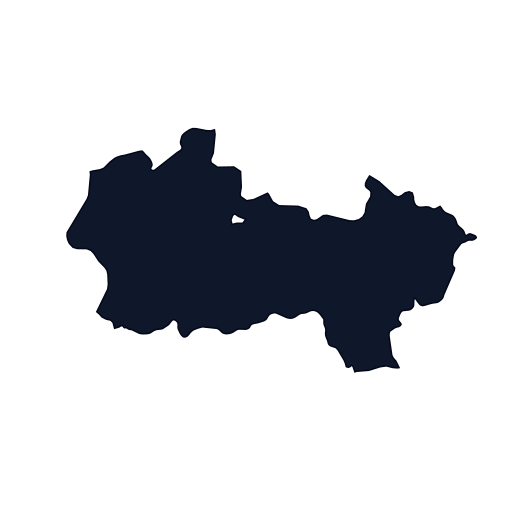 map outline of Potenza (Robinson projection), rotated 298°
{"feature_id": "ITA-5390", "entity_name": "Potenza", "entity_type": "Province", "adm_level": 1, "iso_a3": "ITA", "parent_name": "Italy", "parent_adm1": "", "projection": "robinson", "projection_center": [15.898, 40.519], "detail": "fine", "context": "isolated", "style": "filled", "palette": "ink", "viewbox_px": 512, "rotation_deg": 298, "n_neighbors": 0, "source": "natural_earth", "source_scale": "10m", "svg_char_len": 4845}
<svg xmlns="http://www.w3.org/2000/svg" viewBox="0 0 512 512"><g transform="rotate(298 256 256)"><path d="M224.6,434.7L223.5,433.2L221.7,428.9L220.2,422.7L216.5,417.6L208.0,409.2L201.3,398.7L200.1,397.7L204.1,393.5L204.4,391.7L203.7,391.3L202.8,391.1L202.1,390.7L201.3,390.0L200.7,388.5L200.8,387.6L203.3,385.3L205.5,382.6L211.6,372.6L212.5,370.2L212.6,369.0L211.9,365.2L211.8,363.1L212.2,361.9L212.8,361.0L214.9,359.1L217.5,356.0L218.4,355.1L219.2,354.5L221.1,353.4L223.1,352.7L224.3,351.9L225.5,350.8L227.4,348.5L228.9,347.4L232.0,345.8L234.3,341.2L235.3,338.5L235.6,337.4L235.7,336.1L235.7,334.8L235.4,333.1L234.9,332.0L234.4,331.0L233.1,329.5L229.8,327.0L229.1,326.3L228.4,325.5L226.8,323.0L226.1,322.3L225.3,321.6L220.5,319.0L218.8,317.7L218.1,316.9L217.5,316.1L216.7,314.3L216.1,312.2L215.3,301.0L214.9,299.3L213.7,297.7L212.3,296.3L211.4,295.7L210.5,295.2L209.3,294.9L205.6,294.7L204.4,294.4L203.4,293.9L202.5,293.3L198.2,289.1L195.7,286.0L194.3,284.6L193.3,284.0L192.2,283.7L190.9,283.6L189.7,283.7L188.3,283.0L186.7,281.6L183.8,275.7L182.8,274.3L181.2,273.1L178.2,271.5L176.6,270.3L175.6,269.3L174.7,268.2L173.4,266.2L172.9,264.7L172.6,263.3L172.7,262.3L172.8,261.4L173.6,259.0L173.9,256.9L173.8,255.5L168.4,242.1L167.8,241.3L165.0,238.4L161.8,235.6L159.9,234.6L157.6,233.8L154.7,233.3L153.2,232.9L151.6,231.8L150.9,230.8L150.6,229.8L150.7,229.1L151.0,228.1L151.3,227.2L152.0,225.8L154.9,221.9L155.7,221.2L156.6,220.6L159.4,219.2L160.3,218.4L161.0,217.3L161.5,215.3L161.4,214.0L161.0,212.9L160.2,212.2L159.1,211.8L155.0,211.1L153.8,210.7L148.1,207.6L147.4,206.9L144.6,202.9L143.9,202.1L142.3,200.8L138.4,198.6L137.3,197.5L136.1,195.9L134.2,192.6L133.4,190.6L133.0,188.9L132.7,180.8L131.8,178.5L131.8,176.8L131.9,175.5L131.6,174.6L130.9,173.6L131.1,172.7L131.5,171.9L131.9,170.7L131.4,170.0L130.3,169.0L129.2,168.5L125.8,165.1L130.2,161.0L131.1,158.2L131.0,157.0L130.2,154.4L129.9,152.5L129.9,148.5L131.1,145.5L132.0,141.6L157.0,140.7L161.6,139.0L170.1,134.0L173.3,131.3L175.1,128.1L177.8,119.7L182.1,111.9L183.5,107.9L183.1,103.2L178.7,94.6L177.8,90.4L179.5,85.3L181.9,82.2L184.8,79.8L188.1,78.3L226.6,80.3L231.0,79.8L250.3,71.7L252.5,70.1L254.3,71.9L258.8,77.7L261.8,80.3L262.9,80.8L270.3,83.0L275.9,85.5L278.1,87.1L280.8,89.7L283.4,93.0L293.5,103.8L295.1,106.1L294.9,107.2L293.4,111.1L292.7,113.9L291.9,116.2L291.4,117.1L290.2,118.9L288.9,120.4L288.2,121.0L287.5,121.4L286.9,121.6L286.0,121.7L284.9,121.6L283.7,121.9L282.9,122.6L282.9,124.4L283.4,125.5L284.3,126.3L310.7,138.0L313.4,139.6L314.5,140.0L315.7,140.2L316.7,140.0L317.5,139.4L318.3,138.7L319.5,137.0L320.3,136.4L321.2,135.8L322.2,135.5L326.7,134.4L328.0,134.4L329.9,134.9L332.1,135.8L335.8,137.8L337.5,139.1L338.7,140.2L339.7,142.0L340.5,143.9L343.4,153.4L345.2,157.2L347.9,160.1L344.1,162.8L326.9,169.9L319.8,170.7L317.3,172.5L316.3,180.4L324.2,194.7L323.4,202.7L310.0,210.6L303.3,212.9L301.3,214.5L300.4,221.8L304.8,227.6L316.8,236.7L316.3,238.1L311.7,245.1L311.1,252.7L319.6,269.8L321.1,278.0L319.3,281.3L316.3,283.9L314.0,286.7L314.4,290.6L316.8,293.1L323.2,296.4L325.2,299.5L330.9,322.0L332.9,326.2L336.5,330.0L340.7,332.0L345.3,332.2L353.8,329.3L362.3,329.6L366.4,327.6L367.5,325.9L368.3,321.4L369.3,319.7L371.4,318.7L374.5,318.3L380.0,318.7L379.3,329.8L374.3,349.6L374.8,353.9L377.9,356.3L381.9,358.1L384.6,361.1L385.0,364.4L381.9,367.4L379.6,368.7L377.3,370.8L375.7,373.4L375.5,376.4L376.5,378.8L379.4,383.3L380.4,385.8L380.5,389.6L381.0,391.0L381.9,392.3L386.2,395.2L385.5,396.9L384.3,399.0L383.5,401.2L383.3,402.3L383.2,403.5L383.7,409.2L383.7,410.4L383.5,411.6L383.4,411.9L382.5,413.9L381.9,414.8L380.6,416.3L379.2,417.8L378.5,418.5L377.9,419.5L377.2,421.6L376.4,425.3L376.0,426.4L375.5,427.4L374.9,428.3L373.5,429.8L372.9,430.6L372.7,431.5L373.0,432.3L373.8,432.9L374.8,433.3L375.6,433.9L376.1,434.8L376.3,435.9L376.7,439.3L376.6,440.5L376.1,441.5L375.3,441.9L373.4,441.0L372.3,440.2L371.4,439.2L370.6,437.4L370.1,436.5L369.4,435.8L368.6,435.1L366.8,434.0L366.0,433.3L364.6,431.9L363.7,431.3L362.6,430.9L352.6,429.4L350.2,429.5L345.0,431.2L340.7,433.4L340.0,434.1L339.4,434.9L338.7,437.0L336.4,437.8L309.9,439.9L307.7,440.4L306.2,440.4L304.6,440.1L302.2,439.1L300.8,438.3L299.9,437.4L296.9,433.3L291.3,427.5L290.7,426.7L290.2,425.8L290.1,424.7L290.2,423.5L291.1,421.3L293.0,417.4L293.3,416.4L292.8,415.8L291.5,415.8L286.9,418.1L285.2,418.6L283.1,418.2L281.8,417.7L280.8,417.0L280.1,416.2L276.9,411.5L276.5,411.1L275.6,410.5L274.2,410.2L271.9,410.1L267.8,410.6L266.7,411.2L265.8,412.1L264.4,415.4L263.6,416.2L262.1,416.0L261.1,415.4L260.3,414.7L259.7,413.9L258.2,412.5L257.2,411.9L252.4,409.4L250.7,409.6L248.2,410.7L232.2,422.4L231.3,423.5L230.1,425.4L228.9,428.7L225.2,433.9L224.6,434.7ZM283.6,229.7L282.7,221.9L283.3,217.4L280.8,216.3L275.9,217.0L272.6,220.0L275.9,223.7L278.7,229.0L283.6,229.7Z" fill="#0f172a" stroke="#020617" stroke-width="1.5"/></g></svg>